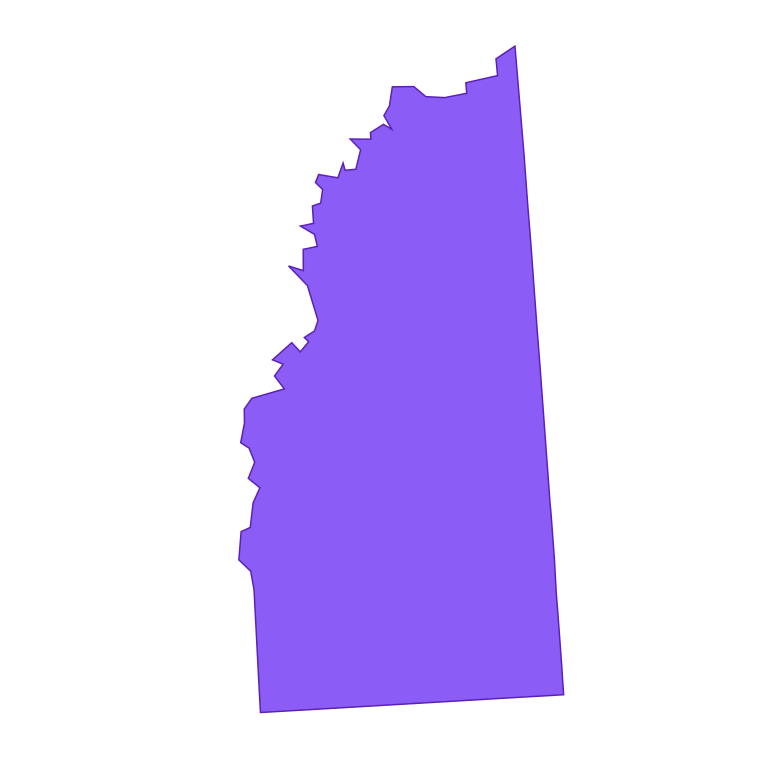 Union, Arkansas, United States of America, rotated 265°
{"feature_id": "52423323B83762983029089", "entity_name": "Union", "entity_type": "district", "adm_level": 2, "iso_a3": "USA", "parent_name": "United States of America", "parent_adm1": "Arkansas", "projection": "albers", "projection_center": [-92.475, 33.198], "detail": "fine", "context": "isolated", "style": "filled", "palette": "violet", "viewbox_px": 768, "rotation_deg": 265, "n_neighbors": 0, "source": "geoboundaries", "source_scale": "gbopen_adm2", "svg_char_len": 1196}
<svg xmlns="http://www.w3.org/2000/svg" viewBox="0 0 768 768"><g transform="rotate(265 384 384)"><path d="M67.5,232.3L60.8,468.1L58.8,535.9L71.2,536.1L88.6,536.5L144.5,537.3L153.9,537.3L160.9,537.4L161.1,537.4L170.5,537.7L194.7,538.5L239.5,539.1L245.3,539.1L245.5,539.1L246.3,539.1L251.7,539.0L255.0,539.1L383.4,540.9L401.8,541.1L403.5,541.1L425.8,541.3L496.2,542.3L501.4,542.4L520.5,542.6L551.1,542.8L600.5,543.5L709.2,543.9L698.2,523.9L681.3,524.0L677.0,491.8L666.4,491.7L664.0,469.4L666.6,450.7L677.7,439.6L679.3,418.2L660.4,413.6L651.4,407.3L637.1,413.9L642.7,406.1L635.6,392.4L629.0,392.3L631.0,371.7L619.4,381.1L600.4,374.7L600.3,363.9L607.7,362.5L593.4,356.0L598.4,337.2L590.7,333.3L583.1,339.8L569.7,336.7L567.6,328.2L550.2,327.8L548.6,314.5L539.1,327.8L526.9,329.6L525.2,315.3L504.0,313.5L509.9,299.2L488.7,316.3L453.1,323.8L443.0,319.5L437.3,308.7L432.7,312.6L423.3,303.4L433.2,295.7L417.8,275.0L412.5,285.2L401.5,275.6L387.8,284.3L381.3,251.1L371.2,242.6L357.2,241.6L338.0,236.1L331.9,244.0L317.3,248.4L301.8,240.6L291.4,251.3L276.9,243.2L252.8,238.3L249.4,228.8L221.4,224.1L209.1,234.9L190.3,236.6L91.6,233.1L67.5,232.3Z" fill="#8b5cf6" stroke="#5b21b6" stroke-width="1.5"/></g></svg>